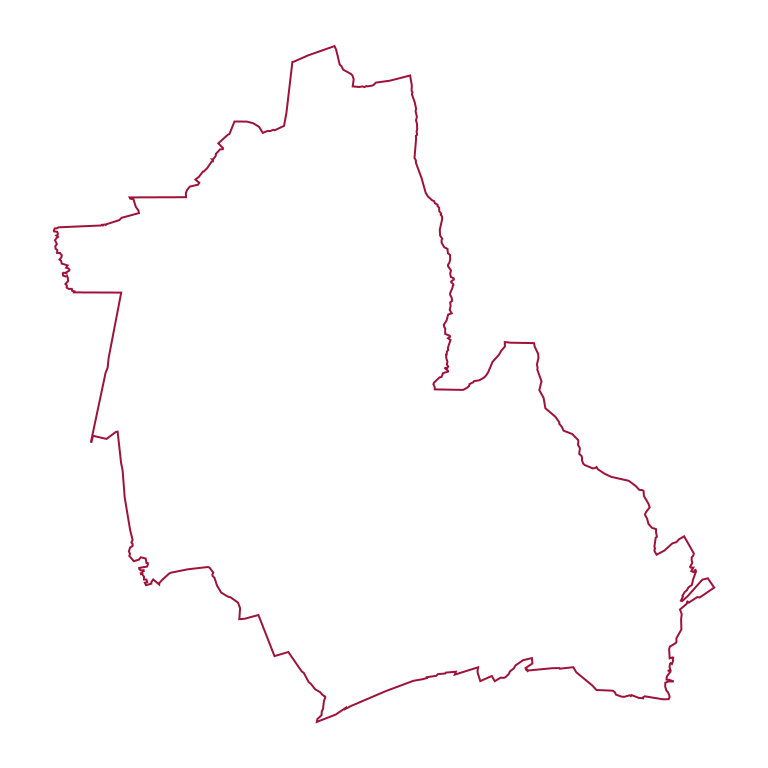 Vedea, Arges, Romania
{"feature_id": "2599482B53469887912463", "entity_name": "Vedea", "entity_type": "district", "adm_level": 2, "iso_a3": "ROU", "parent_name": "Romania", "parent_adm1": "Arges", "projection": "equal_earth", "projection_center": [24.639, 44.783], "detail": "fine", "context": "isolated", "style": "outline", "palette": "rose", "viewbox_px": 768, "rotation_deg": 0, "n_neighbors": 0, "source": "geoboundaries", "source_scale": "gbopen_adm2", "svg_char_len": 6053}
<svg xmlns="http://www.w3.org/2000/svg" viewBox="0 0 768 768"><path d="M668.6,699.2L669.6,697.3L669.3,695.3L667.8,692.1L666.4,690.5L665.2,686.6L665.3,682.7L668.7,681.4L673.8,681.5L669.1,679.8L666.5,679.6L666.7,677.2L667.6,675.3L670.5,671.7L670.5,671.1L667.7,670.7L670.5,670.1L669.5,667.0L670.0,663.9L670.7,663.1L671.9,664.0L673.1,660.7L672.7,659.1L673.3,657.8L672.8,657.4L669.7,658.3L669.1,649.3L669.8,646.7L675.9,642.9L676.4,641.9L676.4,638.3L681.4,629.4L681.1,619.3L681.7,614.0L680.0,609.5L686.9,603.6L686.9,602.2L687.6,601.5L688.8,602.6L697.2,597.1L699.7,597.5L714.2,587.6L707.8,578.3L702.3,579.7L687.9,595.9L682.2,601.1L680.9,600.7L682.9,596.6L682.4,595.8L684.7,592.1L687.1,589.9L688.3,587.5L691.8,585.0L693.1,579.4L696.0,571.5L695.5,569.9L694.6,570.3L693.6,572.1L691.3,571.1L693.3,567.6L690.6,567.6L690.1,566.9L692.3,562.9L691.7,560.4L691.7,557.3L693.3,555.6L693.8,553.4L684.1,536.3L679.0,539.3L676.5,542.1L672.3,543.4L664.5,550.5L656.6,554.7L654.6,551.3L654.5,549.5L655.0,548.5L654.4,546.5L655.7,537.8L656.9,536.7L656.1,532.8L656.0,529.1L652.1,527.9L648.5,524.0L647.1,518.7L644.9,514.6L646.1,512.0L649.7,507.3L648.4,503.6L643.9,496.0L643.6,491.1L642.5,490.2L639.2,489.8L635.9,486.2L628.8,480.8L611.3,476.9L604.7,473.8L597.9,469.3L596.5,467.0L594.9,468.1L592.7,468.4L584.7,465.0L583.2,463.6L582.0,460.5L582.1,457.7L581.4,455.8L579.2,453.9L579.9,448.2L578.0,444.8L578.4,440.9L578.0,439.9L572.2,434.0L563.6,430.7L561.8,426.8L559.3,423.9L559.4,422.5L555.3,416.7L545.4,408.3L543.6,397.9L539.3,390.1L541.5,381.3L537.3,369.6L537.6,367.7L536.9,364.5L538.5,357.7L538.1,353.8L534.7,346.6L534.0,343.1L510.9,342.7L504.8,342.1L504.9,346.5L501.1,350.9L499.0,354.7L492.5,361.9L488.2,372.2L485.9,375.7L483.8,377.7L479.3,380.3L474.1,381.1L473.0,382.4L469.6,384.1L469.0,386.1L466.7,388.0L463.1,389.9L434.8,389.4L434.7,387.0L433.4,384.3L434.0,382.6L439.5,377.4L441.4,377.1L443.0,373.2L448.1,371.6L448.0,370.8L445.1,368.4L445.3,367.8L447.4,368.0L448.2,366.4L446.9,364.7L447.4,361.6L446.4,358.6L446.0,354.6L446.7,354.5L446.9,351.6L448.2,350.0L447.9,347.8L450.5,339.9L448.0,338.2L450.1,336.7L449.8,335.8L445.2,333.9L445.2,328.4L444.1,326.7L443.8,324.8L446.5,320.6L448.2,314.5L451.7,313.3L449.7,309.9L450.6,306.0L450.2,302.4L452.1,300.8L451.7,297.8L450.1,294.8L450.1,293.2L452.6,287.4L452.6,286.2L453.5,285.0L453.3,284.2L451.2,282.3L451.2,281.4L453.8,279.6L453.8,278.5L450.8,276.8L450.2,273.4L451.0,270.5L448.0,266.2L448.1,264.6L449.3,262.9L450.2,259.3L450.0,254.9L447.9,253.3L447.5,248.9L444.2,247.2L441.6,242.8L441.6,240.0L442.3,238.8L440.1,235.5L439.8,229.6L442.1,219.5L442.1,216.4L440.7,214.9L441.2,213.6L439.3,211.3L439.1,207.6L437.5,206.1L437.6,204.8L434.8,203.2L434.2,201.2L432.1,200.3L427.8,196.3L425.7,192.8L421.5,177.9L415.9,162.8L415.9,160.5L414.5,157.8L416.1,138.7L415.9,135.8L417.1,134.8L416.6,131.5L417.2,128.9L417.0,123.8L416.0,120.4L416.9,116.8L415.6,111.3L416.1,108.7L414.7,102.2L411.9,94.3L412.5,92.3L411.6,90.8L411.8,85.2L410.1,75.5L389.8,80.7L376.0,82.6L373.4,85.1L371.8,85.7L367.3,86.4L366.3,86.0L364.6,87.1L362.3,86.4L359.3,87.0L352.7,86.4L353.7,79.3L352.5,75.6L351.2,74.1L343.2,69.7L341.4,66.1L339.7,64.6L336.2,49.9L334.5,46.1L308.0,55.4L292.6,62.2L292.5,61.0L286.4,113.0L284.0,125.9L274.6,130.3L273.3,129.8L270.2,131.1L267.4,131.0L262.8,132.9L259.1,126.9L253.3,123.3L246.9,121.6L234.5,121.5L229.4,134.1L227.9,134.7L218.3,143.3L223.0,148.1L222.8,149.2L220.1,149.4L216.1,153.6L215.6,156.1L213.1,159.4L212.3,159.4L213.0,160.0L212.9,161.4L211.7,161.5L207.3,168.0L203.9,171.5L202.9,171.6L199.0,176.7L195.4,179.6L199.3,182.8L198.0,184.7L189.8,186.6L187.2,189.8L185.9,192.8L186.0,197.2L129.6,197.4L130.2,198.6L133.5,199.4L135.8,206.9L138.5,210.5L138.9,213.1L121.6,217.8L119.3,220.1L106.5,224.2L105.8,225.0L105.1,224.5L103.9,224.6L102.9,225.5L102.0,224.7L100.9,225.5L58.8,227.3L56.6,228.4L54.8,228.4L53.8,230.5L54.1,231.4L57.2,231.8L57.8,233.2L57.7,235.0L56.3,235.5L58.0,237.0L56.5,238.0L55.0,240.2L56.9,244.1L55.3,246.2L55.6,248.7L57.3,250.1L57.1,252.9L60.0,253.0L61.8,255.3L61.4,257.3L59.5,259.6L61.1,260.9L61.7,263.6L67.6,265.4L66.1,267.7L68.6,268.5L69.5,269.9L69.0,270.8L66.4,272.2L66.5,273.4L63.8,272.7L62.8,273.2L63.0,275.5L65.3,276.4L67.1,276.0L67.8,277.8L68.1,281.2L65.4,284.0L66.9,285.4L66.6,287.5L68.6,288.9L71.8,288.9L72.2,290.9L74.5,291.4L74.0,292.4L121.2,292.6L108.6,358.1L107.6,367.8L105.6,372.7L91.0,441.8L91.5,441.9L92.9,435.8L106.5,438.9L115.9,431.9L117.6,431.6L121.1,463.0L122.6,470.3L124.7,497.5L130.2,530.4L132.6,539.9L131.4,542.5L132.7,544.1L132.5,546.1L130.1,547.5L128.9,551.4L130.0,554.0L129.3,555.9L133.8,561.2L139.0,559.6L140.8,557.3L145.7,558.5L146.5,563.0L147.8,563.1L147.9,564.5L147.0,566.6L139.2,567.9L139.3,569.1L140.8,570.4L143.6,570.2L143.7,571.0L142.9,571.0L142.4,572.1L142.5,573.0L140.8,573.3L141.0,574.1L141.8,573.9L144.0,576.7L143.9,579.5L146.5,579.6L147.2,582.3L144.8,582.7L146.0,585.2L151.3,583.7L151.4,582.0L153.2,579.5L159.2,584.5L159.3,583.0L162.1,580.0L169.0,573.7L170.9,572.7L187.8,569.3L207.9,567.0L209.6,567.7L213.3,572.6L212.4,574.5L212.6,576.0L214.5,577.9L217.1,585.8L221.2,592.6L227.6,596.5L230.5,597.3L238.0,602.6L240.1,608.2L239.3,619.2L244.9,618.7L258.4,615.0L274.5,656.1L288.3,652.0L301.7,671.4L303.8,672.9L308.6,682.0L311.0,684.0L315.2,689.3L320.0,692.1L322.8,695.2L325.1,696.5L325.3,697.5L323.9,701.1L323.0,709.0L321.8,711.4L321.5,715.2L317.5,718.9L316.8,721.9L335.6,714.6L345.6,707.9L345.4,708.9L351.4,705.8L386.3,690.9L413.4,680.8L422.7,679.2L427.0,678.0L426.8,677.2L436.3,675.8L437.9,674.1L445.2,673.5L445.8,672.6L455.9,671.7L454.8,674.6L478.1,667.3L477.5,671.2L477.7,672.9L480.3,681.1L491.8,676.0L494.8,681.2L500.8,677.6L503.8,677.9L505.5,677.2L509.0,673.7L509.8,671.5L513.9,668.3L515.5,665.4L523.1,660.2L531.9,658.1L532.4,663.5L525.6,668.0L527.0,669.4L526.3,669.8L527.7,671.1L528.3,670.5L552.2,668.2L559.5,668.1L559.9,668.7L573.3,667.2L576.3,672.3L592.2,685.4L596.5,690.0L613.0,690.7L614.9,692.3L615.9,694.6L621.7,696.7L624.3,696.8L629.6,695.3L630.9,696.1L631.5,695.1L638.8,697.9L643.1,698.3L643.0,697.4L644.8,696.3L662.9,699.3L668.6,699.2Z" fill="none" stroke="#9f1239" stroke-width="2"/></svg>